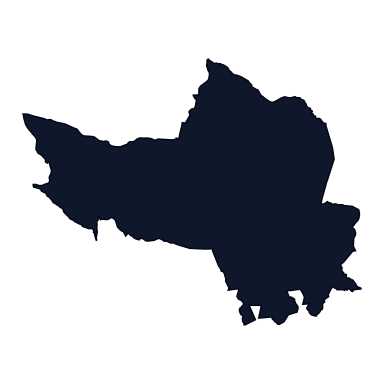 Tianguismanalco, Puebla, Mexico
{"feature_id": "50627088B16397260024665", "entity_name": "Tianguismanalco", "entity_type": "district", "adm_level": 2, "iso_a3": "MEX", "parent_name": "Mexico", "parent_adm1": "Puebla", "projection": "albers", "projection_center": [-98.47, 19.0], "detail": "fine", "context": "isolated", "style": "filled", "palette": "ink", "viewbox_px": 384, "rotation_deg": 0, "n_neighbors": 0, "source": "geoboundaries", "source_scale": "gbopen_adm2", "svg_char_len": 5940}
<svg xmlns="http://www.w3.org/2000/svg" viewBox="0 0 384 384"><path d="M325.7,123.5L325.1,123.4L324.5,123.8L322.8,122.1L322.1,121.8L321.5,120.4L319.9,118.7L318.5,118.4L317.0,118.6L315.9,118.4L315.6,117.8L315.7,116.9L315.3,116.1L314.0,115.9L313.2,114.8L313.1,114.0L312.1,113.9L311.6,113.3L311.8,113.0L311.6,112.5L312.3,111.6L311.9,110.7L310.9,110.5L310.5,110.2L310.5,108.7L309.0,107.8L308.8,107.7L308.5,107.9L307.3,107.3L307.2,106.6L306.5,106.3L306.3,105.8L306.4,105.0L305.8,103.6L305.1,103.1L304.5,101.5L303.6,100.2L301.8,99.7L300.4,98.5L299.9,97.8L299.2,98.0L298.8,97.7L296.4,97.7L295.1,96.7L290.4,97.9L287.8,97.6L284.8,96.8L281.4,97.9L275.6,101.3L272.7,102.4L270.0,101.9L265.2,98.6L260.5,94.8L258.1,90.2L256.1,89.3L253.1,87.6L252.0,87.3L251.6,84.9L248.8,82.1L248.3,81.0L241.5,77.0L237.2,75.3L233.8,74.7L232.3,73.5L231.4,72.3L229.2,70.4L227.6,67.5L223.5,64.9L221.9,64.8L220.7,63.8L219.9,63.6L219.1,63.8L217.5,63.6L216.7,63.1L214.1,63.5L213.4,63.3L213.0,63.0L212.9,62.5L209.4,60.4L208.7,59.4L208.2,59.1L207.0,60.2L206.9,61.1L207.4,62.0L206.6,64.9L206.8,66.4L207.5,68.2L208.0,70.2L209.5,73.0L209.4,75.4L208.9,78.4L208.1,80.3L205.2,82.7L200.6,86.1L199.0,88.7L198.8,94.9L193.3,95.2L193.6,96.2L194.9,98.3L195.5,99.0L196.2,99.4L196.4,100.3L195.5,106.1L194.3,108.5L191.4,109.2L189.2,111.3L189.1,112.8L189.9,114.3L189.6,115.9L185.3,123.2L182.3,122.6L181.8,125.8L179.6,135.0L179.0,138.6L176.1,138.2L175.8,139.2L173.0,139.9L157.7,139.1L155.7,140.3L153.6,139.7L151.6,138.8L149.6,138.3L145.5,138.0L144.0,138.2L140.5,137.9L139.3,138.1L136.7,139.2L135.3,140.7L132.7,141.8L129.5,141.8L128.2,142.9L127.4,144.3L126.5,144.5L120.7,146.7L117.8,146.9L114.7,146.6L111.4,145.8L110.2,145.1L109.3,144.4L108.5,142.3L107.6,141.5L106.3,141.1L104.4,141.2L103.4,141.6L102.0,141.2L99.4,140.7L98.4,140.2L95.1,137.5L93.8,136.9L91.2,136.4L84.3,136.0L82.5,135.4L81.6,134.7L79.3,132.3L77.5,129.7L76.6,129.0L74.5,128.3L64.0,123.6L62.1,123.5L60.6,123.0L56.8,122.4L55.3,121.7L52.5,120.8L51.4,119.8L49.3,119.6L46.7,120.0L44.9,118.9L32.9,115.9L28.3,114.4L26.6,114.1L23.0,114.1L23.6,115.4L23.7,117.4L25.6,124.4L27.5,127.6L29.4,130.1L33.4,134.9L35.0,136.6L36.6,139.0L36.8,140.8L36.0,148.3L36.4,150.3L36.8,150.4L37.5,152.2L38.2,153.2L41.8,155.4L43.3,157.3L44.6,158.3L45.4,159.8L45.6,162.0L47.2,163.1L48.5,162.2L49.5,163.1L50.0,165.6L51.5,170.2L51.2,173.0L49.4,176.8L49.2,178.0L49.6,179.3L49.7,181.0L48.8,182.8L48.0,183.3L46.1,183.8L42.1,185.5L39.1,185.6L36.1,184.5L33.2,184.5L33.2,185.6L33.7,187.1L39.5,188.6L40.9,189.8L41.6,191.3L43.2,191.9L44.3,192.6L45.6,192.9L46.0,193.4L46.5,194.8L47.1,195.5L47.3,196.3L48.4,196.7L50.0,197.9L52.8,201.6L53.2,202.6L54.8,203.1L55.0,203.6L56.2,204.0L56.9,204.9L58.0,205.3L60.6,207.6L62.2,208.3L62.6,208.7L63.9,212.0L64.3,212.7L68.8,217.0L70.0,218.8L72.7,219.9L75.2,221.8L79.0,223.8L81.4,224.6L82.6,226.4L89.2,228.7L91.0,228.4L91.9,228.6L93.2,229.7L93.6,230.0L93.7,230.6L93.5,232.4L94.9,234.0L94.7,235.0L95.7,238.7L96.5,240.8L96.6,239.7L96.2,237.5L97.2,232.4L97.1,230.5L96.8,228.4L97.0,224.3L96.8,221.9L96.9,221.0L97.9,220.4L98.1,219.6L98.0,216.9L98.5,216.8L99.3,217.5L100.4,219.7L100.9,219.4L101.9,219.4L103.2,219.1L105.7,219.5L107.2,219.5L109.2,218.8L111.0,217.5L112.4,217.7L114.9,219.6L115.6,220.8L117.5,226.9L120.3,229.9L121.5,230.8L123.6,231.8L125.6,236.0L128.1,233.1L131.5,236.0L132.1,235.3L133.7,236.7L133.2,237.3L135.7,238.8L137.0,239.3L137.4,238.7L139.0,239.9L140.6,238.0L141.4,238.5L142.7,238.5L144.3,239.6L145.5,240.7L146.8,240.8L147.4,241.1L154.2,240.3L156.6,239.1L158.9,238.3L161.6,239.4L163.2,240.4L163.8,241.1L166.8,241.2L171.0,243.1L172.6,242.9L174.0,243.0L175.3,243.8L178.2,244.9L189.7,248.3L204.9,249.0L213.6,248.8L213.0,249.5L212.6,250.8L218.7,266.1L219.9,267.6L220.9,269.4L221.3,271.2L222.8,271.5L223.7,272.3L224.5,274.0L225.1,276.6L225.8,278.3L225.6,281.1L229.0,287.9L228.2,290.1L238.7,288.7L238.7,290.4L238.4,290.8L238.0,292.8L237.2,295.1L237.0,296.6L237.9,297.9L238.0,298.6L239.3,299.4L239.3,299.6L239.9,299.6L242.0,301.0L243.9,303.8L243.7,304.5L242.2,305.8L241.3,307.3L240.0,308.1L239.6,309.6L239.3,310.0L239.8,312.0L240.8,314.3L242.7,315.7L243.1,316.6L242.5,317.9L242.4,319.3L242.8,321.5L244.2,324.0L244.2,324.9L245.4,324.7L255.4,319.7L249.0,305.2L261.4,305.4L258.7,318.1L272.2,316.9L272.2,318.8L273.8,320.3L274.8,321.6L276.2,322.5L277.9,324.2L279.4,324.4L284.0,321.7L288.5,314.6L297.0,312.1L298.0,308.3L298.0,306.9L297.0,305.2L295.4,303.1L295.1,301.7L294.1,300.5L294.7,299.5L294.5,299.2L291.8,297.4L290.2,296.9L289.5,297.9L288.1,297.2L288.7,295.9L286.7,290.6L289.9,290.6L300.3,289.2L302.9,293.5L304.5,297.2L302.8,304.3L309.0,303.7L306.7,308.3L307.9,310.1L309.3,311.2L309.2,312.3L310.8,314.4L312.4,315.3L313.3,315.4L315.0,315.9L316.5,315.9L316.7,314.6L318.0,314.0L320.1,311.5L320.4,310.5L322.2,309.2L322.6,308.4L322.6,303.9L323.3,302.9L324.5,302.2L324.3,300.1L325.5,298.7L328.1,297.0L328.7,296.2L328.3,295.7L328.2,294.9L328.6,293.8L330.6,289.7L331.4,288.5L333.4,286.2L334.6,288.1L336.0,288.3L336.3,288.6L336.8,289.6L340.2,289.7L342.9,289.6L344.6,290.4L345.5,288.8L347.0,290.2L348.6,288.4L350.1,289.6L351.3,291.0L352.6,291.5L353.9,289.7L361.0,288.9L360.8,288.1L358.0,287.1L356.6,285.9L355.6,283.8L353.6,281.3L353.0,280.2L350.0,279.0L349.9,278.5L348.2,277.9L347.0,278.4L346.1,276.9L346.4,275.7L346.2,274.5L345.7,274.3L344.2,274.5L343.7,273.6L343.6,272.5L342.3,271.9L341.7,269.9L342.0,267.6L341.0,266.0L340.6,265.8L340.6,265.4L340.7,264.5L343.5,262.2L352.7,251.1L353.2,251.2L355.5,250.7L353.3,246.2L353.4,245.0L353.6,239.6L354.0,237.4L355.1,236.0L355.7,233.1L354.5,229.3L352.0,227.5L354.8,223.9L354.7,223.7L357.9,220.3L358.8,218.4L359.4,215.2L359.4,213.3L358.6,209.5L357.8,209.3L352.1,206.3L348.8,206.1L346.9,205.7L346.2,205.8L344.4,205.7L342.4,204.7L337.9,204.8L335.9,203.9L332.1,204.2L330.6,203.7L330.7,203.0L329.1,202.9L327.4,201.6L325.3,203.3L320.9,204.6L321.8,199.4L327.0,180.8L327.3,180.4L334.1,159.1L332.6,148.9L332.0,146.2L325.7,125.2L326.0,123.9L325.7,123.5Z" fill="#0f172a" stroke="#020617" stroke-width="1.5"/></svg>